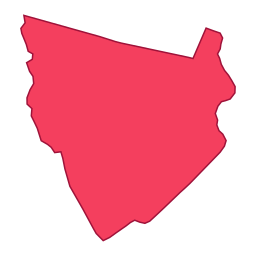 Timbó, Santa Catarina, Brazil
{"feature_id": "56859067B25557808963142", "entity_name": "Timbó", "entity_type": "district", "adm_level": 2, "iso_a3": "BRA", "parent_name": "Brazil", "parent_adm1": "Santa Catarina", "projection": "albers", "projection_center": [-49.268, -26.814], "detail": "fine", "context": "isolated", "style": "filled", "palette": "rose", "viewbox_px": 256, "rotation_deg": 0, "n_neighbors": 0, "source": "geoboundaries", "source_scale": "gbopen_adm2", "svg_char_len": 1033}
<svg xmlns="http://www.w3.org/2000/svg" viewBox="0 0 256 256"><path d="M31.3,115.9L34.7,122.8L37.3,128.3L39.5,135.3L41.2,140.7L47.6,144.4L51.2,147.3L54.7,152.6L60.9,151.8L62.8,158.2L64.9,168.8L69.9,186.3L76.4,197.7L82.8,208.9L93.5,228.7L96.2,233.5L103.2,240.6L109.7,237.4L116.1,232.8L121.4,229.1L125.9,226.0L130.4,222.5L134.7,220.2L139.9,222.2L144.9,223.3L149.7,221.2L159.7,211.9L164.9,207.0L180.1,192.4L185.1,187.9L189.9,183.4L220.2,152.1L224.4,146.2L226.1,140.6L222.8,134.2L219.0,130.7L216.8,124.9L217.6,120.1L215.3,113.5L217.9,106.2L221.4,101.7L225.6,100.6L230.2,99.0L234.9,92.9L235.1,86.6L232.1,81.2L228.5,75.3L224.5,70.4L221.3,64.4L219.6,58.3L217.5,54.0L220.2,48.9L220.9,44.0L222.6,38.0L220.1,33.1L213.1,30.7L206.1,28.1L193.0,58.5L188.5,57.4L171.1,53.7L121.3,43.1L115.4,41.6L99.7,36.6L23.9,15.4L25.1,22.8L20.9,28.4L21.8,33.4L23.8,38.2L26.3,44.4L28.2,51.3L32.8,53.9L32.3,59.3L26.6,62.7L29.6,71.4L33.0,76.4L33.7,83.6L30.1,89.7L27.0,97.8L27.1,104.1L31.9,108.6L31.3,115.9Z" fill="#f43f5e" stroke="#9f1239" stroke-width="1.5"/></svg>